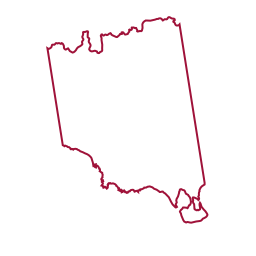 the Province of Chubut, rotated 81°
{"feature_id": "ARG-1274", "entity_name": "Chubut", "entity_type": "Province", "adm_level": 1, "iso_a3": "ARG", "parent_name": "Argentina", "parent_adm1": "", "projection": "mercator", "projection_center": [-67.684, -44.0], "detail": "fine", "context": "isolated", "style": "outline", "palette": "rose", "viewbox_px": 256, "rotation_deg": 81, "n_neighbors": 0, "source": "natural_earth", "source_scale": "10m", "svg_char_len": 5776}
<svg xmlns="http://www.w3.org/2000/svg" viewBox="0 0 256 256"><g transform="rotate(81 128 128)"><path d="M30.0,66.6L30.4,66.5L31.0,65.6L33.0,65.1L33.7,64.8L34.2,64.3L34.5,63.6L34.5,61.9L33.7,60.9L194.1,60.9L195.8,61.2L197.0,63.9L197.8,65.0L198.7,65.9L200.6,67.2L201.7,67.2L202.3,67.7L203.5,68.2L205.7,68.5L206.7,69.3L208.4,68.8L209.1,68.9L209.7,69.2L210.1,69.8L209.4,70.1L208.9,70.6L207.1,73.3L206.7,74.6L206.9,74.9L207.6,75.1L209.5,74.9L210.5,75.4L212.2,75.3L213.6,74.6L218.2,75.0L218.8,74.8L219.0,74.3L219.8,73.5L220.0,73.0L220.0,72.2L219.8,71.8L220.2,71.4L219.8,70.0L219.6,69.6L219.1,69.4L218.0,69.3L215.4,69.4L214.1,69.2L213.1,68.6L213.9,68.2L217.3,67.7L220.3,66.0L222.3,64.6L224.4,63.6L225.8,63.1L226.8,63.4L227.7,64.3L228.3,65.2L229.0,67.2L229.3,68.3L230.4,69.5L231.0,70.6L231.1,72.0L231.0,75.3L231.4,80.2L231.1,81.5L230.5,82.9L230.1,84.2L230.4,85.4L229.2,87.1L227.6,87.8L222.7,89.0L220.6,89.1L219.6,89.6L218.7,89.8L217.9,89.2L217.3,88.6L216.1,86.8L215.2,86.2L215.2,85.4L216.0,82.3L216.5,81.9L216.4,81.6L215.4,80.9L215.0,80.5L214.2,80.0L213.8,79.6L213.7,79.0L213.5,78.6L211.9,77.7L210.7,77.4L208.2,77.4L206.4,77.7L205.3,78.2L204.6,78.7L203.5,79.1L201.9,81.1L199.0,81.8L198.4,82.2L197.6,83.9L196.8,84.8L196.7,85.3L196.8,86.1L197.2,86.5L198.2,86.8L198.9,87.4L200.5,87.9L203.4,89.3L205.7,91.1L207.3,91.7L209.1,91.5L210.8,92.8L211.4,92.8L213.6,92.0L214.0,93.0L213.9,93.4L213.3,93.9L210.5,95.9L207.6,97.0L202.8,98.5L198.5,101.5L197.2,103.0L196.3,103.5L196.1,104.2L196.3,106.1L196.2,106.7L195.3,107.4L193.4,109.4L192.1,111.7L190.5,113.1L189.1,115.6L189.1,115.9L189.1,117.9L189.7,119.5L189.5,120.6L189.4,121.3L190.0,121.8L190.5,123.5L190.6,123.9L190.5,125.2L190.6,125.7L190.9,125.8L191.3,125.6L191.6,126.0L191.0,126.5L191.3,127.2L191.3,127.8L191.8,128.1L192.6,128.1L191.5,129.1L191.4,129.7L191.5,130.7L191.8,130.9L191.9,131.5L190.3,132.1L189.9,132.5L189.7,133.6L189.8,134.9L190.3,135.7L190.7,136.0L190.6,136.4L190.7,137.0L191.0,137.2L190.9,137.7L191.2,138.1L191.6,138.1L191.8,138.3L191.9,139.2L191.6,139.3L191.4,139.9L190.9,140.0L190.6,140.5L190.2,140.8L190.4,141.1L190.1,141.2L190.3,141.3L190.2,141.4L189.8,141.2L189.6,141.3L189.6,141.5L189.2,142.2L189.1,142.4L189.6,142.7L189.4,143.3L189.6,143.5L190.0,143.4L190.3,143.5L190.2,143.8L190.4,144.3L189.8,144.3L189.4,144.8L189.3,144.6L189.4,144.3L189.3,144.0L189.0,144.0L188.7,144.0L188.1,144.3L188.4,144.9L188.4,145.1L187.9,145.1L187.6,145.5L187.7,145.8L187.9,146.0L188.5,146.2L188.2,146.6L188.1,146.3L187.9,146.3L187.6,146.9L187.3,146.6L187.2,146.3L186.8,146.1L186.0,146.3L185.9,146.8L186.0,147.1L185.1,147.3L184.0,147.8L183.2,148.7L182.7,148.6L181.6,149.4L180.6,150.9L180.3,151.7L180.4,152.6L180.1,153.9L179.6,154.2L179.6,154.9L179.8,155.1L179.5,155.5L179.9,156.3L180.6,156.4L180.9,156.6L181.1,157.0L181.8,156.8L182.7,157.3L183.3,157.2L183.8,157.7L184.2,157.8L184.5,158.4L184.2,158.5L183.3,159.4L183.0,159.3L182.5,159.8L182.6,160.2L182.9,160.5L183.0,161.0L182.4,160.7L182.1,161.0L182.6,161.7L181.6,162.3L181.1,162.2L180.6,162.2L180.5,162.9L179.0,161.5L177.7,161.7L177.4,162.1L177.1,161.9L177.1,161.3L176.8,160.8L175.6,161.0L175.7,162.1L175.2,162.0L174.5,162.4L173.8,162.1L173.3,161.5L172.6,160.8L171.9,160.9L170.3,160.3L168.9,160.6L168.2,160.5L167.6,161.3L166.2,162.7L165.7,162.3L164.5,162.2L164.1,162.3L164.0,162.6L163.5,162.5L163.2,162.9L161.7,163.3L161.0,163.7L160.3,164.4L160.3,165.2L162.0,165.8L161.6,166.5L158.8,165.5L158.8,166.4L159.9,166.7L160.4,167.3L160.3,168.1L156.8,168.1L152.0,168.8L150.6,169.5L148.6,171.1L147.3,172.7L146.5,174.1L144.8,176.5L143.5,178.8L142.3,179.9L141.4,181.4L140.8,181.8L140.3,183.3L140.3,185.0L140.8,185.4L140.5,185.9L140.1,186.0L139.9,186.9L140.1,187.4L140.1,187.7L139.8,188.0L139.3,187.9L137.8,189.1L137.4,190.4L136.7,190.9L136.4,191.6L135.9,192.2L135.6,192.8L136.0,193.7L135.4,194.0L134.8,195.1L36.6,195.1L37.5,194.1L37.2,192.9L36.8,191.9L36.2,191.1L35.4,190.6L34.4,190.2L34.0,189.9L33.9,189.3L34.2,187.8L33.9,187.1L33.0,186.1L33.0,185.3L33.5,184.4L33.3,183.7L33.4,182.7L34.4,181.1L33.8,180.3L34.2,179.6L35.1,179.0L36.9,178.5L38.8,178.7L39.6,178.5L40.5,177.8L40.8,177.3L40.7,176.7L40.0,175.0L40.0,174.7L42.9,173.4L44.8,171.0L44.7,169.9L44.1,168.7L43.5,167.9L42.8,167.1L41.5,166.1L40.6,164.9L40.3,164.5L39.9,163.0L38.9,160.9L38.1,160.0L37.3,159.9L36.3,160.0L35.4,159.8L34.0,158.4L33.4,158.2L32.9,158.3L31.8,158.8L30.8,158.9L28.9,157.8L27.9,157.5L26.9,157.5L26.4,157.4L26.2,156.8L26.4,155.2L26.0,153.3L26.3,152.6L27.0,152.4L28.5,153.0L31.7,153.6L32.2,153.5L33.3,152.4L33.9,152.3L36.1,153.2L37.1,153.2L39.3,152.2L40.3,152.0L41.3,152.3L43.2,153.6L44.2,154.0L45.1,153.7L46.0,153.1L46.6,152.1L46.7,150.8L46.5,149.1L46.6,148.4L47.5,146.8L47.8,146.6L48.8,146.5L49.1,146.1L49.4,145.4L49.4,144.7L48.6,143.7L48.2,142.1L47.8,141.6L47.2,141.3L45.4,141.1L41.7,140.4L36.8,140.4L35.6,140.1L34.5,140.1L33.5,140.4L32.5,140.4L31.5,139.6L31.5,139.0L32.8,138.1L32.9,137.5L32.2,136.0L32.3,135.3L32.9,134.4L32.9,133.8L32.7,133.2L31.9,131.8L31.6,130.5L32.2,130.0L33.1,129.8L33.9,129.0L36.2,125.5L36.4,124.9L36.4,124.4L34.7,121.7L33.9,121.1L33.9,120.8L34.1,120.0L34.1,119.2L33.9,119.1L33.1,119.5L32.6,119.3L32.5,118.8L32.7,118.2L32.9,117.7L34.8,116.7L35.2,116.3L35.3,115.9L35.1,113.6L33.8,112.6L33.0,111.6L31.2,111.5L31.0,111.0L31.6,110.1L31.6,109.4L31.3,108.9L30.4,108.5L29.7,108.7L29.4,108.6L29.3,108.3L29.7,107.7L29.6,106.6L30.3,105.8L30.4,104.5L30.5,104.3L31.5,104.1L32.9,103.5L33.9,103.8L34.2,103.4L34.2,102.2L34.0,101.1L34.4,99.9L34.2,99.3L33.7,98.9L31.5,98.0L27.9,97.6L26.9,97.1L25.9,96.2L25.1,95.0L24.6,93.6L25.5,89.1L25.2,84.4L24.8,82.3L25.0,81.2L24.6,80.2L24.7,79.0L25.2,78.1L25.9,77.5L27.2,76.9L27.2,76.6L26.4,75.0L26.3,74.7L26.7,72.9L26.5,72.3L25.2,71.1L24.9,70.2L25.2,69.4L26.3,68.1L26.8,67.3L27.2,65.6L27.9,64.9L28.7,64.9L29.4,66.3L30.0,66.6Z" fill="none" stroke="#9f1239" stroke-width="2"/></g></svg>